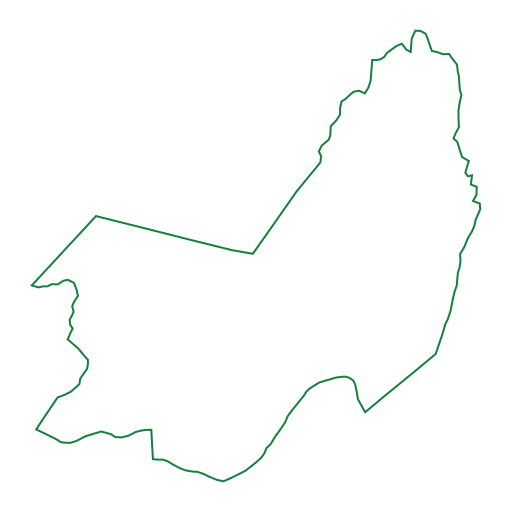 Quixelô, Ceará, Brazil (Robinson projection)
{"feature_id": "56859067B76728874600060", "entity_name": "Quixelô", "entity_type": "district", "adm_level": 2, "iso_a3": "BRA", "parent_name": "Brazil", "parent_adm1": "Ceará", "projection": "robinson", "projection_center": [-39.118, -6.155], "detail": "fine", "context": "isolated", "style": "outline", "palette": "green", "viewbox_px": 512, "rotation_deg": 0, "n_neighbors": 0, "source": "geoboundaries", "source_scale": "gbopen_adm2", "svg_char_len": 2281}
<svg xmlns="http://www.w3.org/2000/svg" viewBox="0 0 512 512"><path d="M31.8,285.4L38.5,287.4L43.3,286.3L47.6,286.3L51.6,284.2L57.6,284.4L63.6,280.7L67.9,279.8L74.0,282.9L76.9,290.7L77.9,296.0L73.9,302.1L72.2,306.2L73.6,311.8L71.8,315.8L69.6,319.9L70.2,324.8L72.7,328.5L70.7,332.3L67.7,339.4L72.1,343.2L78.3,348.6L82.5,353.7L87.9,359.9L87.9,364.9L86.9,369.1L83.5,373.8L80.3,378.5L79.4,384.1L76.0,387.3L70.7,391.8L63.8,395.2L57.6,397.4L41.3,421.6L36.2,429.4L50.5,436.3L57.0,439.6L60.5,442.1L64.4,442.6L70.2,442.9L76.3,441.0L85.6,436.2L101.2,431.5L110.8,434.1L115.4,437.1L121.5,437.4L128.3,435.8L135.7,432.0L140.2,430.8L145.6,429.9L151.3,429.9L152.9,459.2L158.0,459.6L162.9,459.6L167.5,461.2L173.1,464.6L179.9,468.2L185.7,470.4L192.8,471.6L197.2,471.8L203.6,473.9L209.0,476.6L216.7,479.8L223.5,481.3L231.0,478.0L245.2,470.9L255.5,462.9L261.3,457.7L264.5,453.0L266.5,448.0L270.5,444.3L275.5,436.2L279.4,430.8L285.2,422.3L287.5,416.5L292.9,409.2L296.2,405.2L299.6,400.9L303.5,396.2L306.2,391.9L309.8,388.4L319.2,382.5L335.9,377.6L340.9,376.9L345.1,376.6L348.9,377.6L353.2,380.4L355.2,384.6L357.0,393.4L357.9,399.2L365.2,412.2L383.5,396.9L414.6,371.5L432.2,356.9L435.6,354.0L441.9,335.8L443.7,330.0L445.2,324.4L447.6,319.6L450.5,311.1L452.9,298.7L454.7,291.3L456.8,285.4L457.2,280.2L457.9,272.5L459.5,267.8L460.5,261.4L460.1,254.1L464.3,247.0L468.0,238.0L472.0,231.4L474.5,225.4L475.5,220.1L478.0,214.5L480.2,209.3L479.8,203.6L473.0,201.0L476.4,195.0L476.8,186.9L470.9,184.5L472.0,175.3L467.9,176.3L465.3,172.6L468.8,161.0L462.0,157.0L457.2,141.7L453.5,138.6L455.4,133.7L458.9,127.3L458.5,117.9L458.5,110.5L459.5,103.7L461.4,95.0L459.9,90.1L459.3,82.5L458.9,76.2L457.8,71.7L457.0,64.6L452.1,58.4L449.1,54.0L442.9,54.2L436.6,51.9L431.9,51.0L429.4,44.1L427.6,38.5L425.5,33.6L420.4,30.9L415.3,30.7L411.8,38.4L411.3,43.7L410.7,51.9L406.5,49.8L401.8,43.7L396.1,46.2L386.8,53.1L384.1,57.1L380.5,59.2L376.4,60.2L372.3,59.9L370.6,80.7L368.5,87.5L364.8,93.4L359.2,90.8L353.7,91.7L349.2,95.5L345.7,98.8L341.5,101.6L340.1,108.0L340.1,114.6L336.3,120.4L330.7,126.3L330.3,135.3L328.8,139.6L321.8,145.5L318.8,151.4L321.1,156.1L320.4,162.4L296.4,191.7L268.7,231.3L252.8,253.8L231.8,250.1L191.8,240.2L173.3,235.5L151.9,230.1L96.0,216.1L31.8,285.4Z" fill="none" stroke="#15803d" stroke-width="2"/></svg>